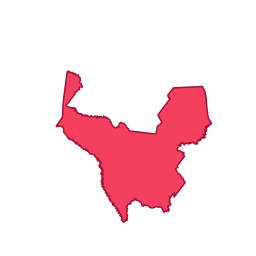 Borba, Amazonas, Brazil (Robinson projection), rotated 127°
{"feature_id": "56859067B43884910797312", "entity_name": "Borba", "entity_type": "district", "adm_level": 2, "iso_a3": "BRA", "parent_name": "Brazil", "parent_adm1": "Amazonas", "projection": "robinson", "projection_center": [-59.228, -5.33], "detail": "fine", "context": "isolated", "style": "filled", "palette": "rose", "viewbox_px": 256, "rotation_deg": 127, "n_neighbors": 0, "source": "geoboundaries", "source_scale": "gbopen_adm2", "svg_char_len": 5882}
<svg xmlns="http://www.w3.org/2000/svg" viewBox="0 0 256 256"><g transform="rotate(127 128 128)"><path d="M169.7,186.4L169.8,186.0L169.5,186.0L169.0,184.9L168.4,184.8L167.1,183.1L166.5,180.7L167.2,179.0L167.5,179.1L168.7,177.6L170.0,176.9L170.8,172.9L172.2,169.8L171.6,169.0L172.3,168.2L171.6,167.0L171.8,166.3L170.9,166.0L170.6,164.6L170.9,164.5L170.9,164.0L171.4,164.0L171.0,163.3L171.5,161.6L171.2,161.4L171.7,160.9L171.4,160.4L171.9,160.0L171.6,159.4L171.5,159.8L170.7,159.7L171.0,159.4L171.0,157.7L171.2,157.9L170.9,157.0L171.1,156.7L171.4,157.1L171.7,156.6L170.9,155.1L171.2,154.5L170.9,154.2L171.7,153.6L171.1,152.3L171.4,150.9L171.8,150.7L171.3,149.5L170.9,149.3L171.0,148.8L170.6,148.8L171.0,148.3L170.6,147.8L170.9,147.6L170.8,147.2L170.5,147.3L170.1,146.8L170.7,146.7L170.5,146.4L170.9,146.0L170.8,145.2L171.4,143.0L171.1,141.8L170.7,141.4L170.8,141.1L169.9,140.4L169.7,138.2L170.7,137.7L170.5,136.3L170.9,135.7L170.6,134.9L171.0,134.2L170.7,133.7L171.4,133.9L171.3,133.2L172.0,133.3L172.2,132.6L171.6,132.5L171.3,131.9L171.9,131.9L171.8,131.1L172.2,130.5L171.5,130.1L172.0,129.8L172.1,128.9L171.8,128.6L172.1,128.2L172.5,129.1L172.7,128.6L173.4,128.6L173.8,127.9L174.3,128.0L174.1,128.4L174.9,128.0L175.4,128.5L175.5,127.8L176.4,127.2L176.4,126.7L175.5,126.8L175.3,126.3L176.5,125.3L175.8,124.4L176.7,124.5L177.3,124.0L177.0,122.8L177.7,123.0L178.0,121.9L179.6,122.5L179.6,121.0L181.0,121.9L181.1,121.2L180.6,120.3L180.2,120.5L180.2,120.0L181.8,120.0L182.4,119.4L183.0,119.4L183.1,118.5L183.9,118.3L183.9,117.8L183.2,117.3L183.3,117.0L184.7,116.6L185.1,117.5L185.8,116.7L186.5,117.2L186.3,116.1L186.8,115.4L187.5,116.0L188.2,115.6L187.7,115.1L187.2,115.2L187.3,114.5L188.6,114.6L188.3,114.0L188.8,113.4L190.2,113.6L189.5,111.8L190.0,111.7L190.5,112.3L190.6,111.1L191.6,110.3L191.3,109.2L191.8,108.9L191.9,107.6L193.3,107.0L192.3,105.2L193.9,104.9L193.8,103.5L194.4,104.1L194.8,103.6L193.7,101.6L194.3,101.6L194.5,101.2L195.1,101.2L195.6,100.7L195.4,99.6L195.8,98.9L196.2,100.0L196.5,99.6L197.1,97.1L196.9,95.8L197.4,94.8L198.1,94.9L198.4,94.2L197.9,94.2L198.1,93.8L197.6,93.6L198.5,93.4L198.3,90.5L198.8,89.6L199.4,89.4L198.7,88.2L198.7,87.5L199.0,87.2L200.3,87.5L200.8,87.0L200.1,85.9L200.1,84.7L200.9,84.2L201.5,84.8L201.7,84.5L201.1,82.8L201.7,82.4L201.6,81.3L202.7,81.8L203.0,81.3L202.6,79.4L204.1,78.7L204.2,78.2L205.4,78.0L205.6,77.2L205.1,76.8L205.9,75.1L205.6,74.5L204.2,74.3L203.9,74.6L203.2,74.1L202.8,74.7L202.0,73.4L201.4,74.1L200.9,73.9L200.5,74.4L200.5,75.2L199.1,75.1L198.4,76.2L197.9,76.0L197.2,77.8L194.9,78.6L194.1,79.9L192.7,79.7L192.2,82.0L191.3,81.9L191.1,81.5L190.0,82.2L189.1,82.1L188.3,81.3L187.6,81.4L186.7,80.2L184.5,81.5L182.5,79.6L181.1,80.2L180.2,79.9L179.9,79.2L180.5,79.3L180.7,78.1L179.6,75.7L179.9,74.5L179.6,73.1L181.4,70.1L181.4,68.9L181.0,68.5L179.5,68.9L179.2,67.2L177.8,65.1L178.3,62.5L177.4,60.6L175.3,58.9L173.7,58.2L173.0,56.0L171.5,54.7L171.4,53.4L173.6,48.7L172.5,49.0L171.7,47.1L170.1,47.1L170.4,46.1L170.2,45.7L169.3,46.1L168.4,45.9L167.4,48.3L166.7,49.0L164.3,47.8L163.0,48.0L162.6,50.3L162.1,50.6L161.5,50.2L160.2,51.8L158.6,52.1L157.9,53.6L156.9,52.2L154.9,52.5L152.8,52.2L152.8,51.6L152.1,51.8L152.2,51.4L154.1,50.9L155.2,49.7L138.0,49.5L136.8,49.9L136.7,51.6L135.2,53.1L135.2,55.2L133.8,58.3L134.1,60.5L133.8,61.9L132.2,65.1L131.0,65.3L129.4,64.5L128.5,65.8L117.0,65.9L116.4,66.3L116.1,66.6L116.4,67.9L115.1,68.4L114.5,68.0L114.1,68.7L115.0,71.2L115.1,72.9L116.1,74.3L116.0,75.3L114.7,76.1L113.1,76.4L112.1,77.5L110.9,76.9L111.2,75.5L110.9,75.2L109.8,75.3L109.1,76.8L107.2,75.6L107.4,75.2L106.8,74.8L107.5,74.1L107.4,72.8L106.2,73.1L105.3,72.7L105.1,71.7L104.1,71.1L104.4,70.2L103.1,69.2L102.9,69.4L103.3,70.3L102.9,70.4L102.3,69.6L102.4,68.7L101.8,68.9L101.2,68.0L100.7,67.9L100.6,67.1L100.0,67.0L100.4,65.4L99.4,63.2L98.5,63.2L98.8,64.0L98.0,64.6L95.6,64.0L95.3,64.5L94.8,64.0L94.5,64.2L95.0,63.6L94.4,63.6L93.8,62.7L93.0,63.7L92.1,63.2L91.5,63.7L91.1,63.1L91.3,62.6L90.2,61.9L90.2,61.3L89.6,61.7L89.3,61.3L89.3,62.3L88.9,61.8L88.5,62.6L88.3,61.9L87.9,62.2L87.9,63.4L86.7,62.3L86.8,63.2L86.1,62.6L85.1,64.1L84.7,64.2L84.7,63.8L84.2,63.7L83.9,64.4L83.2,63.7L82.8,64.2L82.9,65.2L82.3,64.4L82.1,65.2L81.5,65.3L81.4,65.9L80.6,65.5L80.4,66.1L80.1,65.5L79.7,66.4L78.9,65.7L79.3,65.3L78.6,64.9L79.0,64.4L78.2,65.1L76.2,64.8L76.5,65.3L75.8,65.0L76.3,64.5L74.0,64.2L71.9,69.7L64.0,77.6L56.3,84.3L52.3,88.9L50.1,93.6L68.7,115.9L77.9,115.9L79.5,113.7L79.1,112.0L99.4,112.0L101.1,109.1L102.3,105.6L103.3,104.5L105.1,104.2L107.7,105.4L109.0,105.5L114.7,102.7L116.2,102.3L129.6,125.3L128.5,127.1L128.3,129.4L127.0,131.9L127.0,134.8L127.8,135.7L128.1,137.4L129.7,137.5L132.9,136.2L133.7,137.5L134.5,137.4L135.7,138.4L135.7,141.1L134.5,144.2L133.6,145.0L133.2,146.6L132.4,148.0L132.5,151.3L132.9,151.1L133.2,151.5L132.9,152.7L133.1,153.2L133.7,153.4L133.4,154.1L133.9,153.8L134.9,155.0L135.3,155.0L135.0,156.5L135.8,156.8L136.2,157.8L136.9,157.5L137.0,159.3L138.2,158.8L138.7,159.1L137.9,160.1L138.3,160.5L138.2,161.4L139.9,162.1L140.4,162.8L140.4,164.9L142.5,165.7L142.4,167.9L143.1,168.0L143.7,169.3L143.6,169.7L143.1,169.4L143.1,169.7L144.2,170.1L144.6,171.3L145.6,172.1L144.9,172.3L144.8,173.1L145.0,174.6L145.6,174.9L146.4,176.2L145.9,177.4L146.4,177.7L145.2,179.5L146.2,180.4L144.7,180.6L143.9,182.0L144.1,182.5L144.7,182.1L145.4,182.7L145.2,183.8L144.8,184.1L145.7,184.6L145.6,185.1L146.4,186.0L146.2,186.4L147.4,188.8L147.4,190.0L147.1,190.9L132.7,190.8L132.4,191.5L131.6,191.7L130.2,191.0L127.6,190.7L126.6,190.0L125.9,190.1L125.2,191.3L124.3,191.2L123.4,190.7L123.3,189.5L122.6,189.2L121.1,191.8L120.6,194.4L118.5,194.6L118.3,195.3L116.8,196.1L117.1,197.0L115.7,199.8L117.0,200.7L117.2,202.0L116.5,202.3L116.3,203.1L117.7,203.7L116.9,205.6L118.2,206.7L118.3,209.4L119.1,209.1L119.4,209.3L119.3,210.2L119.8,210.3L142.9,197.3L148.1,194.2L158.7,186.9L169.7,186.4Z" fill="#f43f5e" stroke="#9f1239" stroke-width="1.5"/></g></svg>